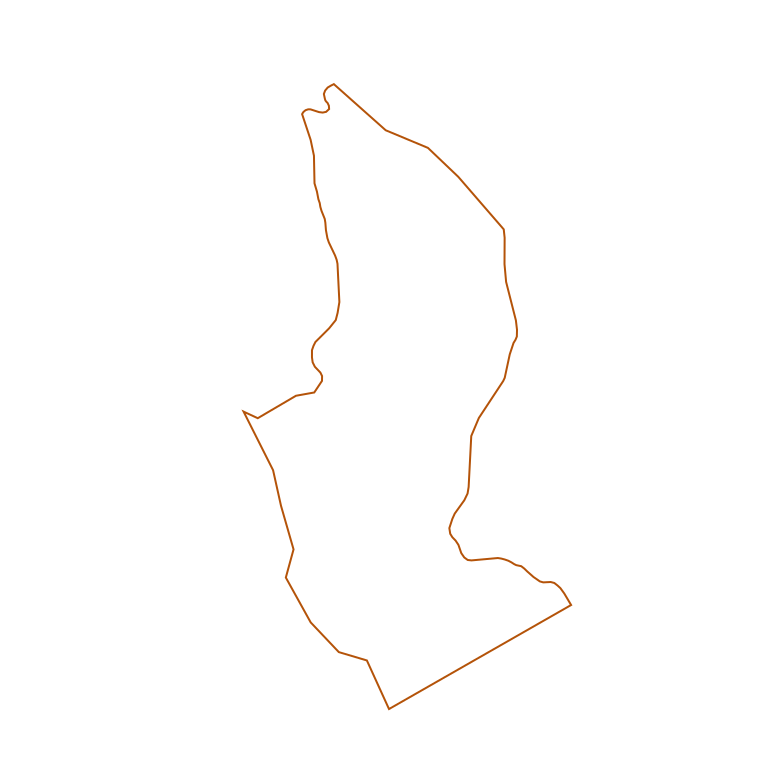 an SVG outline of Lélouma, rotated 151°
{"feature_id": "GIN-5649", "entity_name": "Lélouma", "entity_type": "Prefecture", "adm_level": 1, "iso_a3": "GIN", "parent_name": "Guinea", "parent_adm1": "", "projection": "robinson", "projection_center": [-12.765, 11.356], "detail": "fine", "context": "isolated", "style": "outline", "palette": "amber", "viewbox_px": 768, "rotation_deg": 151, "n_neighbors": 0, "source": "natural_earth", "source_scale": "10m", "svg_char_len": 1521}
<svg xmlns="http://www.w3.org/2000/svg" viewBox="0 0 768 768"><g transform="rotate(151 384 384)"><path d="M282.5,670.6L259.5,605.1L231.1,569.2L218.6,529.2L204.3,461.2L207.6,453.4L220.5,430.4L227.7,414.1L237.8,375.7L241.4,366.9L244.8,361.1L247.6,358.9L250.8,357.1L259.6,349.0L275.4,330.9L278.3,328.8L317.5,308.3L332.9,296.2L359.9,252.9L364.0,247.7L370.1,243.4L384.9,236.4L389.6,232.9L396.7,226.3L398.7,220.9L398.5,216.8L397.3,212.3L396.9,207.2L398.4,198.6L397.9,193.4L396.1,189.5L393.0,187.3L368.8,176.6L366.1,174.5L363.4,171.9L360.9,169.1L359.0,166.2L357.5,163.4L356.2,161.5L352.3,158.1L350.8,154.6L349.6,150.6L346.8,142.7L343.4,135.8L340.9,133.3L334.2,130.0L331.5,127.4L329.9,123.6L328.7,120.0L327.9,113.4L327.5,100.0L537.2,97.3L533.0,150.5L553.5,171.4L563.7,211.0L563.7,262.3L543.3,283.2L533.1,327.5L522.8,362.4L520.2,427.9L511.0,415.3L466.7,416.4L449.1,410.4L436.7,416.8L434.3,421.0L434.1,424.8L436.1,432.6L435.9,437.5L434.1,442.2L430.6,448.5L427.1,451.6L423.6,454.0L405.0,459.3L395.2,463.3L390.1,468.7L383.3,477.3L366.4,511.7L365.2,515.6L364.5,520.1L363.6,534.6L362.8,539.0L360.2,546.7L357.1,553.5L355.8,557.1L354.7,565.8L353.8,569.8L352.5,573.4L351.8,577.4L349.4,584.7L347.5,593.2L334.6,617.6L329.8,633.1L324.8,659.7L324.1,660.2L322.5,661.0L319.9,661.5L317.2,661.0L315.7,660.2L315.0,659.7L309.0,653.3L306.0,651.1L302.7,650.1L298.7,651.1L297.3,654.1L297.1,657.2L297.6,658.9L297.8,660.4L297.4,662.2L296.0,666.8L293.2,669.2L289.5,670.6L285.9,670.7L282.5,670.6Z" fill="none" stroke="#b45309" stroke-width="2"/></g></svg>